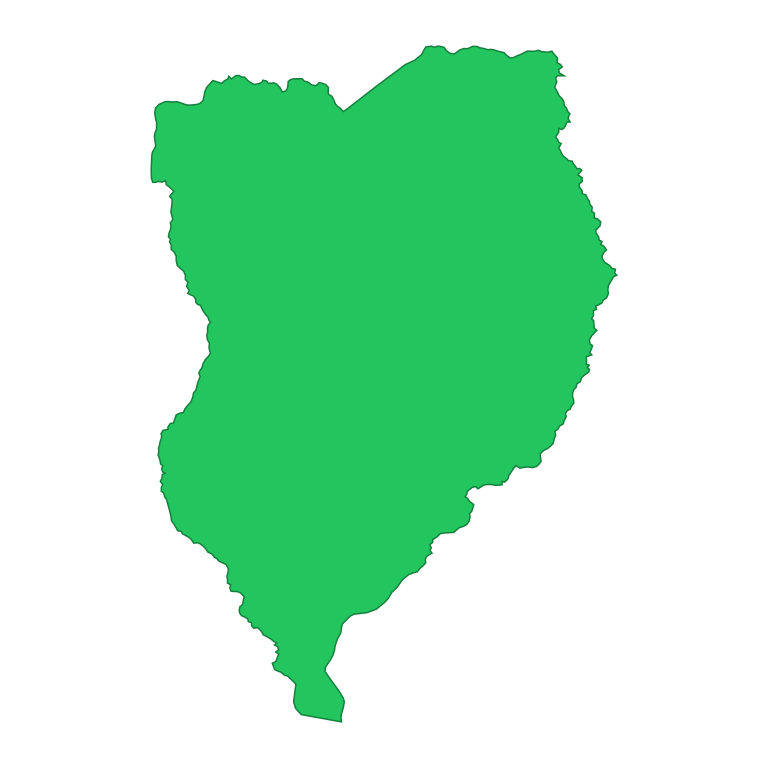 Vera, Mato Grosso, Brazil (orthographic projection)
{"feature_id": "56859067B46133140187933", "entity_name": "Vera", "entity_type": "district", "adm_level": 2, "iso_a3": "BRA", "parent_name": "Brazil", "parent_adm1": "Mato Grosso", "projection": "orthographic", "projection_center": [-55.349, -12.485], "detail": "fine", "context": "isolated", "style": "filled", "palette": "green", "viewbox_px": 768, "rotation_deg": 0, "n_neighbors": 0, "source": "geoboundaries", "source_scale": "gbopen_adm2", "svg_char_len": 6035}
<svg xmlns="http://www.w3.org/2000/svg" viewBox="0 0 768 768"><path d="M563.9,102.3L562.4,99.0L559.1,95.7L556.9,91.1L554.7,87.2L556.8,81.4L555.5,78.5L557.1,75.8L564.2,75.8L559.3,72.9L558.7,69.6L562.3,66.9L560.3,64.3L557.2,62.8L557.5,58.0L553.3,53.3L551.8,51.1L548.0,52.2L541.7,51.7L538.4,50.3L534.4,51.3L527.3,51.1L521.0,54.3L517.2,55.8L513.0,57.7L510.2,58.0L507.1,55.8L504.1,52.7L496.2,50.7L493.7,49.7L490.9,49.4L487.7,49.7L483.5,48.4L479.8,47.8L477.2,46.5L472.9,46.3L467.5,48.7L463.9,48.5L459.9,49.9L454.2,54.0L449.8,53.2L446.0,50.3L444.3,47.5L441.3,46.6L438.0,46.1L434.3,47.3L431.8,46.1L425.8,47.0L423.5,50.8L421.5,54.8L417.6,57.7L415.2,60.0L405.3,64.6L376.3,86.3L346.3,109.6L343.3,111.5L340.2,108.2L337.0,105.9L335.4,103.9L334.0,100.4L331.9,96.3L328.3,94.2L328.2,90.2L328.5,87.6L325.8,84.6L322.1,83.2L319.2,82.7L315.8,85.7L312.0,85.0L307.6,81.9L304.4,81.2L302.0,78.7L294.0,78.8L290.7,79.5L288.2,81.5L288.0,84.8L287.3,88.7L285.6,91.0L282.4,92.0L280.2,87.9L276.9,84.3L273.9,82.8L271.4,83.3L268.2,83.1L266.3,81.0L263.0,80.2L261.6,82.5L258.8,83.7L254.3,84.5L251.0,82.8L247.7,80.5L244.7,77.2L241.3,76.9L238.9,75.5L235.8,75.6L231.5,79.0L228.8,76.2L228.0,78.8L224.6,80.7L221.5,83.4L212.9,80.5L206.6,87.4L204.8,91.8L203.8,97.4L202.8,101.0L199.8,103.4L197.2,104.4L190.5,105.1L186.5,104.9L177.2,101.7L172.1,102.0L167.9,101.5L164.5,101.9L159.0,104.4L155.5,108.1L154.7,113.0L155.7,119.5L156.6,122.2L156.5,129.1L155.2,132.5L154.4,135.8L154.7,139.1L155.7,145.8L154.6,148.5L152.4,152.1L151.8,155.5L151.2,169.4L151.4,178.1L152.7,182.3L155.6,182.4L158.0,181.4L161.9,182.1L165.6,180.6L166.3,184.7L169.6,187.2L171.6,189.0L173.9,191.7L172.0,193.4L169.6,196.4L172.1,199.1L172.0,203.5L170.9,212.1L172.8,219.5L170.3,222.9L171.0,225.5L170.6,229.1L169.2,232.5L168.4,236.8L170.5,239.0L169.5,241.8L171.1,244.5L171.2,249.4L173.9,251.8L176.2,256.1L176.2,260.7L177.3,265.6L180.9,268.9L183.5,271.0L185.4,275.1L185.3,279.3L187.9,282.4L186.6,286.4L189.3,290.6L187.7,293.3L190.2,294.7L193.3,295.9L195.5,298.9L196.0,302.7L197.9,304.6L200.5,305.3L201.7,308.3L203.5,311.5L205.6,314.5L208.1,317.4L208.8,320.1L210.6,322.2L208.1,325.2L207.5,328.6L207.6,332.2L206.8,335.2L207.3,339.3L209.4,343.3L209.0,348.2L210.5,353.4L207.9,356.9L205.2,359.7L203.1,363.6L201.9,367.7L199.9,370.6L198.8,373.3L200.2,376.4L197.6,383.1L196.1,389.7L193.5,393.0L192.7,397.5L190.6,402.4L187.8,405.3L184.8,409.0L183.4,412.5L179.4,413.3L176.2,414.9L173.4,423.1L170.3,423.5L168.0,426.8L167.9,429.4L163.2,430.3L161.1,433.5L161.7,437.2L160.1,441.7L159.5,445.1L158.5,448.1L158.8,451.8L158.1,454.8L160.0,460.3L160.6,464.1L162.7,465.6L161.7,469.0L162.6,472.0L165.0,473.1L162.3,474.7L161.9,478.5L160.3,481.3L162.6,484.6L161.3,487.8L161.3,491.3L163.7,493.0L164.8,497.2L166.5,499.4L170.1,512.5L171.0,516.3L171.5,520.8L173.6,523.6L177.8,530.8L181.3,531.4L182.4,533.8L188.5,537.1L191.1,539.3L193.7,543.1L198.1,542.8L200.5,544.1L202.9,545.9L205.5,548.5L208.0,552.2L211.9,553.9L214.1,557.0L216.8,558.5L218.4,560.7L220.6,562.0L226.1,564.5L228.3,568.7L228.0,572.8L226.9,576.0L227.5,579.8L227.5,583.2L230.7,584.7L229.8,587.8L230.9,591.1L233.9,591.5L236.8,591.5L240.4,592.7L244.1,596.8L242.5,604.6L240.0,606.5L239.2,610.1L239.6,612.9L241.4,615.6L244.9,617.1L247.8,618.9L248.4,621.7L251.4,622.5L251.7,625.9L253.9,628.3L257.2,627.5L259.4,629.2L261.6,631.6L263.3,634.9L266.9,636.6L270.8,639.0L273.8,641.4L276.9,643.1L274.4,644.9L277.4,646.5L278.7,649.5L275.8,652.1L278.7,653.8L275.8,661.5L272.3,663.3L274.7,669.6L278.1,671.2L281.0,672.2L284.7,675.4L287.4,675.8L295.9,684.1L293.6,701.9L295.6,708.3L301.2,714.6L341.4,721.9L341.0,717.6L341.4,714.2L343.5,706.8L344.3,701.6L343.2,698.0L339.0,691.0L328.9,677.1L325.0,671.4L325.6,666.9L330.3,660.1L332.9,655.4L334.4,650.8L335.2,645.6L337.6,638.6L340.8,632.9L341.5,627.3L342.5,623.9L350.0,616.3L353.8,614.2L367.2,612.6L376.3,609.2L384.6,602.4L388.3,598.4L391.7,592.5L397.5,586.8L401.3,581.2L403.1,579.2L408.7,574.6L412.2,573.2L417.2,571.8L420.0,568.3L422.8,566.1L425.7,562.8L425.3,559.8L426.2,557.0L429.3,554.5L432.0,553.2L430.0,550.3L431.3,547.9L429.7,544.6L432.6,542.6L432.7,539.6L436.5,537.2L440.6,533.5L444.5,533.0L453.7,532.4L459.2,527.7L463.4,526.4L466.8,524.4L469.3,520.8L470.0,516.7L469.6,513.7L471.8,511.1L473.8,504.7L469.6,501.4L467.6,498.4L465.1,496.7L466.8,494.2L467.1,491.6L469.9,489.2L472.5,487.2L475.8,486.7L477.9,488.8L484.1,484.9L487.7,484.5L491.1,484.5L495.8,485.4L502.0,484.9L502.1,481.5L504.6,482.2L507.7,479.2L508.8,475.6L513.6,468.4L516.1,465.7L520.0,468.1L524.1,467.3L528.1,466.9L532.5,467.6L536.7,466.4L538.9,464.3L541.1,461.4L540.0,454.1L543.5,450.5L547.7,448.5L550.6,446.1L553.2,443.3L554.3,438.6L555.7,435.2L554.8,431.6L557.9,429.0L559.7,426.0L563.2,423.9L564.2,420.6L566.3,416.6L565.4,413.6L567.3,410.6L570.2,409.2L571.2,406.6L573.8,403.0L573.6,400.0L572.5,396.5L572.8,392.4L573.6,390.0L576.1,387.2L576.8,383.9L580.3,381.7L581.6,377.5L585.5,374.3L588.6,372.2L589.5,369.4L587.4,367.7L589.3,365.2L586.4,364.3L586.6,360.9L586.3,356.8L591.8,354.9L589.7,352.6L591.5,348.8L592.5,345.7L590.1,343.8L589.3,339.9L591.4,336.3L594.2,333.0L596.8,330.4L594.3,328.1L593.6,320.6L591.6,318.9L593.5,315.4L593.4,310.7L596.4,309.4L595.9,306.0L598.9,304.7L601.8,303.0L603.4,299.9L606.4,298.1L608.4,293.5L607.8,290.1L608.4,285.7L613.5,276.8L616.8,275.2L614.6,273.0L615.5,269.3L611.9,268.3L609.6,265.5L604.6,262.2L602.1,258.3L602.2,255.4L604.2,252.1L606.5,249.9L603.9,246.3L600.7,244.2L602.0,241.5L599.2,240.1L598.5,236.6L596.1,233.1L595.6,230.4L600.1,225.7L600.7,221.8L597.8,219.1L594.2,217.7L594.4,213.1L591.8,211.5L592.2,207.2L589.9,204.2L589.4,201.3L587.5,198.5L585.7,194.7L582.2,194.0L582.3,190.9L579.5,187.3L579.2,184.1L582.3,181.4L582.1,177.7L578.0,174.9L581.7,170.3L579.8,168.5L576.9,168.7L575.2,166.0L573.2,163.6L572.1,161.1L568.8,160.8L566.9,159.0L562.5,155.4L560.5,150.9L558.8,147.8L561.2,143.6L558.7,142.3L557.6,139.6L555.6,136.9L558.7,132.3L558.9,128.3L561.6,129.6L564.0,128.1L565.7,125.2L566.7,122.3L570.2,121.9L568.4,119.5L568.5,116.5L569.9,113.9L567.7,111.3L566.5,108.3L564.2,105.5L563.9,102.3Z" fill="#22c55e" stroke="#15803d" stroke-width="1.5"/></svg>